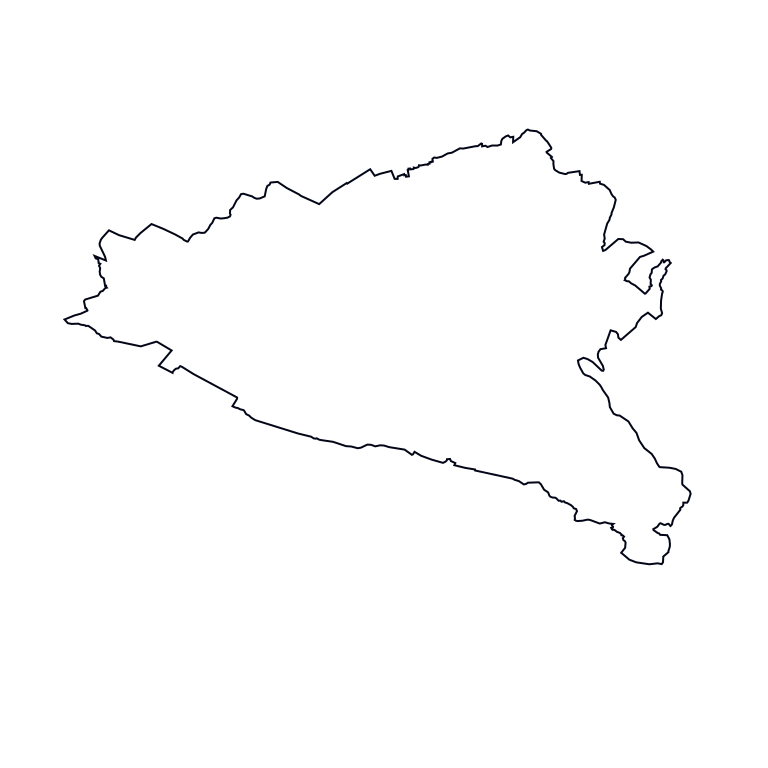 Magiresti, Bacau, Romania (Robinson projection), rotated 170°
{"feature_id": "2599482B79930750524298", "entity_name": "Magiresti", "entity_type": "district", "adm_level": 2, "iso_a3": "ROU", "parent_name": "Romania", "parent_adm1": "Bacau", "projection": "robinson", "projection_center": [26.514, 46.524], "detail": "fine", "context": "isolated", "style": "outline", "palette": "ink", "viewbox_px": 768, "rotation_deg": 170, "n_neighbors": 0, "source": "geoboundaries", "source_scale": "gbopen_adm2", "svg_char_len": 6118}
<svg xmlns="http://www.w3.org/2000/svg" viewBox="0 0 768 768"><g transform="rotate(170 384 384)"><path d="M687.4,503.0L684.8,498.8L681.2,497.4L674.6,496.5L672.3,495.1L668.2,493.7L667.7,493.0L665.1,492.6L659.3,486.9L658.0,483.8L655.9,482.7L654.1,479.7L648.4,477.4L645.2,477.4L642.7,474.7L642.4,473.1L638.7,472.0L617.0,463.3L601.1,465.2L600.2,465.0L587.3,453.9L602.6,441.1L590.3,431.7L590.1,432.4L588.1,434.2L586.2,435.2L583.9,435.2L581.6,437.0L580.0,436.0L569.9,426.9L531.0,396.2L531.3,394.9L537.1,388.4L534.3,386.5L532.1,385.7L530.1,384.1L527.1,382.8L526.4,382.1L525.0,378.3L522.3,376.3L520.6,373.9L517.0,370.7L477.5,350.3L465.0,344.8L462.6,342.6L460.5,342.0L459.7,342.2L457.6,340.5L455.4,339.6L444.2,335.9L432.2,329.4L427.0,328.1L421.0,325.3L417.8,325.3L411.0,327.2L407.4,326.4L403.4,324.1L398.4,324.3L394.7,323.4L389.8,320.9L375.1,315.8L368.8,309.4L367.6,309.8L365.7,311.9L359.8,306.8L350.1,301.2L339.6,296.1L336.8,296.9L335.4,297.9L335.0,299.0L332.0,298.7L331.5,296.5L327.5,293.8L328.8,291.8L318.6,287.3L309.2,284.0L309.3,283.0L273.9,268.5L271.9,266.9L268.1,265.0L263.7,260.8L261.2,261.0L259.4,261.8L248.6,260.3L246.9,258.0L244.7,252.1L241.2,248.8L240.5,245.3L239.7,244.1L237.9,243.0L235.1,242.3L234.1,241.4L232.3,238.7L230.5,238.5L229.6,237.2L227.2,237.3L226.3,235.9L224.4,235.0L220.8,232.1L219.4,230.4L218.7,228.6L216.6,227.6L216.0,225.3L219.2,221.0L219.2,218.8L219.8,217.0L218.8,216.1L217.2,215.4L212.3,214.9L207.3,215.1L205.0,214.5L195.7,209.1L190.5,209.5L186.6,207.6L182.6,206.4L184.1,205.7L184.1,205.1L183.2,203.6L183.6,202.8L185.2,202.8L184.8,201.4L184.2,200.7L182.4,200.3L180.3,198.0L177.6,196.4L176.2,194.5L176.4,193.8L175.0,193.3L174.1,192.0L175.6,190.7L175.3,188.6L174.1,187.5L173.6,185.9L175.0,180.8L179.7,176.6L172.9,168.4L166.6,164.6L154.0,160.4L145.7,159.9L141.8,158.4L140.2,160.0L138.9,165.6L133.1,169.0L133.0,169.9L130.8,174.1L130.2,176.7L129.9,181.5L131.3,185.9L138.2,187.5L139.0,189.0L140.3,189.7L143.9,193.3L144.0,194.3L139.7,195.9L136.9,198.6L135.9,198.9L132.8,196.7L131.2,196.4L129.3,197.0L128.0,196.9L126.6,194.4L126.0,194.7L124.8,195.8L123.3,199.4L121.6,201.9L114.0,208.7L114.1,209.6L113.6,210.6L111.3,211.5L110.2,213.0L109.8,215.2L106.1,214.5L104.5,216.1L101.1,222.6L101.4,225.3L107.5,233.0L107.6,234.3L105.9,242.4L106.5,246.0L111.5,249.7L117.5,252.0L126.7,254.2L127.3,254.7L129.0,258.7L130.2,263.4L132.5,268.6L138.8,275.7L142.5,284.2L143.8,291.9L146.8,297.1L149.8,304.7L157.4,312.0L160.2,312.8L163.0,314.9L165.6,322.1L165.3,325.8L165.6,331.7L169.6,340.2L170.5,343.1L171.7,345.8L175.2,350.8L180.1,355.7L184.2,357.9L185.9,359.8L188.1,366.2L188.9,369.9L188.9,373.5L183.1,375.2L179.2,373.2L174.7,369.4L167.2,359.3L165.8,359.0L165.1,360.0L165.3,363.8L168.6,372.7L168.3,376.0L167.1,378.5L164.8,380.7L159.1,380.7L159.2,384.0L151.5,397.5L146.4,395.0L145.0,392.4L145.1,388.9L143.0,386.3L126.2,396.4L124.2,400.1L118.5,405.3L111.7,408.4L105.0,400.8L101.3,403.0L99.0,403.6L97.8,405.5L98.3,410.1L96.6,418.2L94.5,424.5L93.4,426.6L93.6,427.6L94.8,428.9L94.4,430.1L95.3,433.0L95.0,434.6L93.2,437.0L93.2,438.3L91.3,439.5L89.9,442.1L88.0,443.2L86.1,446.0L86.0,446.9L86.8,448.3L86.5,449.0L80.6,453.4L81.5,454.6L81.9,456.5L82.8,456.8L84.9,456.7L86.8,455.2L87.4,455.3L87.4,457.4L87.9,458.0L89.5,456.8L90.3,455.3L94.1,452.3L97.2,451.8L99.7,450.7L100.3,450.2L101.1,447.0L102.6,445.6L104.0,442.7L103.1,440.3L104.1,436.1L103.2,435.0L103.2,434.4L103.8,433.9L105.7,433.8L105.8,431.6L110.7,427.7L111.4,427.6L119.5,437.4L123.1,440.2L125.1,442.7L126.8,443.0L128.9,444.5L128.3,445.0L128.2,446.6L124.1,449.9L122.9,451.5L121.7,454.9L109.8,464.7L106.0,465.1L95.9,467.6L97.4,469.8L101.6,474.3L108.8,479.2L116.0,480.2L121.2,482.2L123.4,485.1L128.1,486.1L142.7,477.5L145.1,477.0L145.6,481.0L142.6,482.6L142.2,484.6L143.0,486.0L141.4,488.8L141.3,492.9L136.3,503.3L133.6,506.3L132.6,508.7L130.6,511.3L130.2,512.9L126.9,518.2L123.8,525.1L124.4,527.6L125.8,529.0L127.0,531.6L128.0,535.8L132.8,541.9L136.5,543.8L136.4,545.7L147.5,545.6L147.4,547.3L150.8,547.3L154.2,549.6L152.9,555.7L154.7,555.9L154.5,559.7L166.2,560.0L167.9,559.2L169.2,559.3L174.6,561.7L178.3,564.9L179.1,566.4L179.0,571.1L178.4,574.1L180.4,577.6L179.2,578.4L183.6,583.7L183.6,584.4L178.8,586.3L178.3,587.0L178.3,587.8L181.2,594.6L182.1,595.5L186.0,602.0L185.9,603.1L189.7,606.4L196.3,608.3L198.1,609.6L199.6,609.3L202.8,606.9L204.5,606.3L207.0,603.4L214.9,599.7L213.8,605.0L216.8,605.0L218.6,607.2L221.1,606.7L224.7,605.0L226.2,603.1L227.3,599.6L230.8,599.1L236.1,600.1L240.9,599.4L242.6,601.0L246.1,601.0L245.7,603.5L246.5,604.0L250.3,602.0L252.8,602.3L265.1,602.1L268.3,602.9L277.0,600.0L281.3,600.0L287.3,597.9L292.9,597.5L295.0,598.3L295.8,598.1L297.2,597.3L297.3,594.5L298.5,594.3L298.5,594.8L300.8,594.4L300.8,593.1L302.7,593.0L302.8,592.4L305.2,592.9L309.7,592.8L311.6,593.3L312.0,592.1L312.7,591.6L315.2,591.2L317.0,591.9L317.0,591.1L317.6,590.6L320.3,590.7L320.8,591.7L322.5,591.8L322.5,590.7L323.5,590.6L323.4,584.2L326.3,584.3L326.3,586.0L327.8,586.0L327.8,587.2L334.4,586.0L335.0,583.6L337.9,584.2L339.7,592.6L351.4,591.7L357.0,590.7L360.3,597.9L385.4,587.7L385.8,588.4L401.5,581.9L416.6,572.4L433.2,583.7L434.7,585.4L445.6,593.8L453.6,601.5L460.8,602.1L462.0,600.2L464.5,599.3L466.2,596.4L468.9,589.5L474.3,588.3L477.3,588.6L479.6,590.0L481.2,591.6L489.4,595.8L491.8,595.8L494.4,592.7L497.4,590.4L502.0,584.2L505.3,582.1L506.1,578.8L505.7,577.3L506.6,575.8L509.1,575.0L512.4,575.0L516.0,575.3L520.3,576.9L522.3,576.6L525.1,572.6L527.4,570.8L530.1,567.3L533.3,564.8L534.4,564.1L537.6,564.5L540.2,565.5L546.2,564.4L549.4,561.8L552.3,558.4L553.1,558.4L556.2,560.7L557.2,562.3L563.8,567.6L574.1,574.9L585.2,581.9L597.7,574.9L602.8,571.3L604.5,569.2L619.1,576.6L628.2,583.1L636.2,576.8L637.9,575.1L639.7,571.7L639.9,569.5L636.6,557.7L636.4,553.9L646.8,560.4L646.1,557.8L643.8,556.5L644.0,552.7L642.5,551.6L644.1,550.0L643.4,547.3L644.5,544.0L644.6,540.9L643.7,538.6L641.6,536.7L641.6,529.0L640.6,529.0L640.7,527.7L640.3,527.0L641.8,526.9L644.8,524.5L647.3,524.1L650.3,520.7L663.5,519.1L664.3,518.5L665.1,517.6L664.9,510.6L664.2,510.6L663.2,508.0L663.4,507.7L670.4,505.9L677.3,505.2L687.4,503.0Z" fill="none" stroke="#020617" stroke-width="2"/></g></svg>